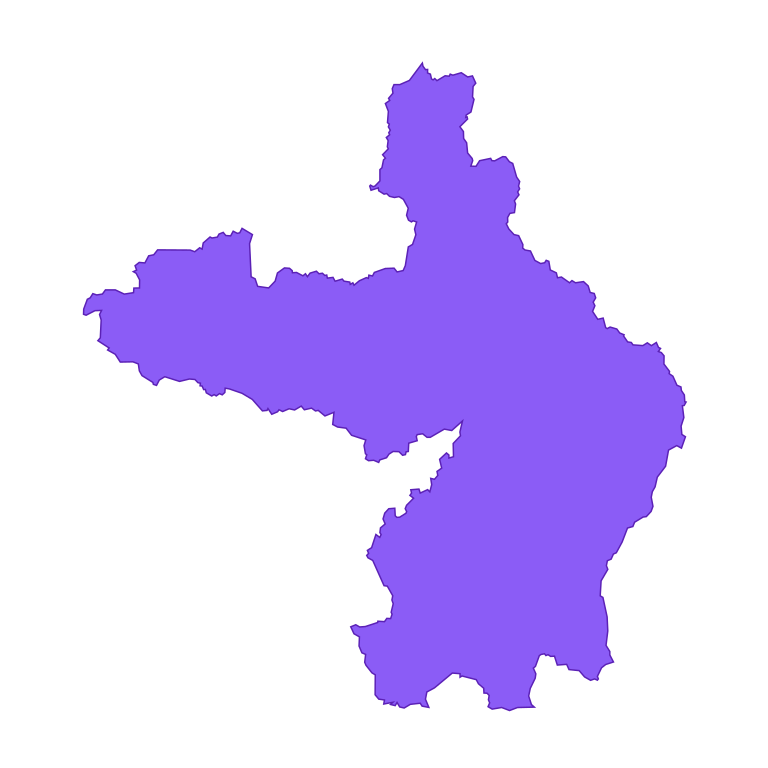 the district of Chimaltitán, Jalisco, Mexico, rotated 3°
{"feature_id": "50627088B46127437383593", "entity_name": "Chimaltitán", "entity_type": "district", "adm_level": 2, "iso_a3": "MEX", "parent_name": "Mexico", "parent_adm1": "Jalisco", "projection": "albers", "projection_center": [-103.699, 21.741], "detail": "fine", "context": "isolated", "style": "filled", "palette": "violet", "viewbox_px": 768, "rotation_deg": 3, "n_neighbors": 0, "source": "geoboundaries", "source_scale": "gbopen_adm2", "svg_char_len": 6115}
<svg xmlns="http://www.w3.org/2000/svg" viewBox="0 0 768 768"><g transform="rotate(3 384 384)"><path d="M83.3,314.9L80.2,324.9L80.3,330.1L82.9,330.9L91.5,325.9L98.1,325.3L96.3,329.5L98.2,334.9L98.3,352.7L96.0,355.7L107.6,362.4L106.2,364.5L114.1,368.4L119.5,375.9L132.1,375.0L137.6,376.8L139.0,383.7L141.9,388.3L153.1,394.5L153.7,396.4L156.9,397.3L159.4,391.8L164.7,388.2L179.7,392.1L189.4,389.2L195.0,389.4L198.1,392.4L200.6,392.8L200.4,395.4L202.5,395.6L204.2,399.0L205.9,398.8L207.0,402.1L212.6,405.0L214.9,403.5L217.1,404.7L220.2,402.2L223.0,403.3L225.5,400.8L225.6,396.5L229.8,397.0L242.7,400.7L253.3,406.3L264.0,417.2L268.6,416.5L269.4,414.6L273.5,420.1L279.2,417.3L280.5,415.2L284.2,416.8L290.5,413.7L296.1,414.6L302.5,410.4L305.8,413.9L312.9,411.9L317.0,414.5L319.7,413.8L326.7,419.0L335.5,414.9L334.9,427.1L339.9,429.4L348.5,430.1L354.3,436.9L368.7,440.8L367.3,446.6L369.1,454.6L370.5,455.6L369.4,459.6L372.6,461.4L377.7,460.7L382.8,462.6L383.8,460.0L390.4,457.5L392.6,453.8L396.6,450.9L402.5,450.8L406.3,454.2L409.1,453.4L409.6,450.6L411.8,450.1L411.8,441.8L420.1,438.9L419.0,434.7L419.8,432.8L425.2,431.7L429.8,435.0L433.0,434.8L446.6,425.9L454.1,426.9L464.3,416.8L462.3,428.0L463.1,431.7L456.2,439.8L457.2,453.0L452.7,454.5L452.5,451.5L450.0,449.6L443.5,456.3L446.0,465.0L441.5,468.5L442.5,472.5L439.4,476.5L435.6,475.8L436.9,482.0L435.4,489.3L433.1,487.2L425.9,491.0L424.4,487.1L416.3,488.2L417.2,491.5L415.7,493.9L419.5,496.5L412.9,503.9L411.7,507.4L413.3,510.2L412.7,511.9L406.6,516.2L403.8,516.5L402.1,515.0L401.3,507.5L395.3,508.3L391.5,512.9L390.1,518.8L392.5,523.7L388.0,527.9L387.7,532.7L389.0,534.5L387.8,537.4L383.8,534.7L380.2,548.1L376.1,551.0L377.5,553.9L375.7,556.1L377.1,558.4L382.0,560.8L394.6,585.4L397.9,585.7L403.8,595.0L403.2,599.3L404.7,602.9L403.1,611.6L404.1,613.4L402.9,617.9L399.1,617.9L396.9,621.3L390.3,621.2L390.2,622.5L378.0,627.2L372.4,627.9L368.4,625.9L363.5,628.2L367.1,635.0L372.7,637.8L372.8,647.0L376.0,653.6L379.8,655.0L379.3,662.9L380.7,665.8L387.1,673.1L390.5,674.9L391.4,694.8L395.3,699.0L401.0,699.5L400.5,703.6L409.5,701.4L407.3,703.7L412.0,704.6L413.7,701.4L416.6,705.7L421.1,706.5L427.1,702.5L436.9,700.9L438.9,703.7L445.7,704.6L441.9,696.6L442.9,689.3L450.3,684.8L467.3,669.1L475.1,669.3L475.3,672.8L477.2,671.5L491.6,674.4L494.0,678.4L499.5,682.6L500.0,687.4L503.1,687.4L505.3,689.5L504.8,693.9L506.2,696.9L504.8,700.8L509.0,703.0L518.4,700.9L526.5,703.5L534.2,700.1L551.0,698.8L548.0,696.4L544.8,688.0L546.0,680.3L550.4,669.9L550.8,665.5L548.0,659.9L550.0,658.1L553.3,647.2L554.9,645.9L558.4,645.0L559.9,646.7L562.0,645.7L564.6,647.3L568.5,646.9L571.8,655.6L581.1,654.4L583.7,659.5L593.9,660.0L599.6,666.0L605.8,669.1L609.7,667.5L612.6,668.6L613.5,667.3L612.4,664.8L616.1,656.0L620.1,652.5L627.7,649.6L623.7,642.8L623.5,639.3L619.4,633.4L620.4,618.9L619.0,604.9L613.8,585.7L611.0,584.2L611.1,569.2L617.2,557.4L615.6,553.8L616.3,548.8L620.0,547.0L622.0,541.8L624.8,540.4L630.1,529.3L634.7,515.1L640.0,513.3L641.5,508.9L649.7,503.3L652.9,502.7L657.4,497.3L659.0,492.1L656.8,483.1L657.6,477.5L660.1,472.5L661.8,462.7L669.5,451.4L671.6,435.1L679.6,430.2L684.4,432.5L687.8,420.9L684.1,418.8L682.9,410.5L685.2,401.8L683.1,390.1L684.9,389.7L686.6,386.2L685.3,386.0L684.5,379.2L681.3,374.9L680.7,371.4L676.6,369.9L672.1,361.1L668.2,358.7L668.5,356.5L662.5,349.4L662.2,341.2L659.3,338.1L656.3,337.2L658.3,334.0L656.2,333.1L653.8,328.3L649.0,331.7L644.8,329.1L640.5,332.1L630.6,331.9L628.8,329.6L625.1,329.2L620.7,323.5L621.2,322.3L616.7,320.7L613.6,316.9L606.8,315.3L604.0,317.0L602.4,316.1L599.4,306.7L594.1,308.2L588.5,300.6L590.5,294.8L588.6,291.3L590.9,286.9L589.2,282.6L585.1,281.8L582.8,275.4L577.9,271.3L569.9,272.9L566.3,270.9L564.0,273.2L555.6,267.9L551.7,268.8L550.3,264.0L544.1,261.4L542.2,252.9L539.5,252.0L538.1,254.5L534.1,255.5L528.2,252.7L523.3,243.5L517.8,242.8L515.4,241.0L515.4,237.5L510.7,228.8L506.0,228.0L500.6,222.7L497.7,217.6L499.1,215.8L498.7,211.3L500.8,207.0L505.3,206.0L506.0,197.4L504.6,194.2L508.9,188.0L507.4,185.2L509.2,182.0L508.0,179.3L508.9,174.7L505.6,170.4L501.0,157.0L497.6,155.5L493.6,150.8L490.7,150.7L482.8,155.4L480.0,155.3L478.7,153.1L467.8,156.0L464.5,161.8L459.3,161.9L460.9,156.3L460.2,154.1L455.4,148.9L453.9,138.8L450.7,134.7L450.1,127.7L446.3,123.1L453.6,115.0L453.0,112.9L451.7,113.5L452.0,111.1L456.6,107.8L459.0,95.0L457.4,92.7L457.4,82.2L459.9,78.8L456.2,71.7L451.5,73.0L444.9,69.1L436.6,72.0L433.9,71.1L433.0,73.2L428.9,73.0L421.0,78.3L418.7,76.3L417.1,77.7L415.5,76.9L414.1,72.1L411.2,71.1L411.1,67.6L409.0,67.9L406.3,64.6L405.5,61.5L393.5,79.5L384.1,84.2L378.3,84.5L376.8,88.6L377.7,93.1L373.6,98.5L374.9,100.5L370.7,103.8L374.1,111.5L373.8,122.8L375.7,124.2L374.9,127.0L377.0,130.2L375.6,132.8L376.6,134.8L373.4,137.7L375.4,140.7L374.9,147.0L376.0,148.9L370.6,155.1L373.6,158.4L371.8,160.2L370.6,168.2L368.7,170.1L369.3,181.4L364.6,186.8L362.8,187.5L360.1,186.1L359.4,187.1L360.9,191.2L368.0,188.5L368.6,191.3L374.1,194.4L376.7,193.7L379.7,196.3L384.7,197.2L389.2,196.1L393.7,198.6L399.0,207.2L397.7,214.3L399.9,219.1L402.9,220.7L404.5,219.5L408.1,220.5L406.4,227.7L408.0,233.3L405.2,243.1L401.1,245.8L399.1,264.7L397.2,269.7L391.2,271.4L388.0,267.8L379.3,268.6L368.5,273.1L366.9,276.7L363.2,276.1L362.8,279.3L360.8,278.7L354.0,282.2L348.9,286.9L347.6,284.6L345.1,286.3L344.5,284.0L338.7,283.4L336.8,281.4L329.8,283.9L327.5,280.2L321.9,281.2L321.1,278.2L319.2,278.7L316.7,276.6L313.3,277.3L310.6,274.9L304.4,277.1L301.9,280.8L299.8,278.0L297.4,280.2L290.8,277.2L286.7,277.7L286.4,275.6L283.6,273.4L278.5,273.3L271.8,278.7L269.9,287.0L263.8,294.1L252.7,293.1L249.8,285.7L245.7,283.9L242.4,250.8L244.8,241.7L234.1,236.0L232.0,240.6L229.6,241.2L225.4,239.3L223.1,244.1L218.2,244.0L215.5,241.0L211.4,242.9L209.9,246.0L204.6,247.2L202.6,246.3L196.1,252.6L195.3,258.8L192.8,257.6L188.1,261.8L183.4,260.4L150.9,261.9L147.3,267.0L142.3,268.3L138.9,275.6L133.2,275.4L129.2,278.9L131.0,283.2L127.8,284.9L130.7,286.4L134.5,292.8L134.8,300.9L129.2,301.3L129.1,305.9L119.9,307.8L110.8,304.1L100.9,304.6L98.1,308.9L92.5,310.1L88.5,309.0L86.1,313.3L83.3,314.9Z" fill="#8b5cf6" stroke="#5b21b6" stroke-width="1.5"/></g></svg>